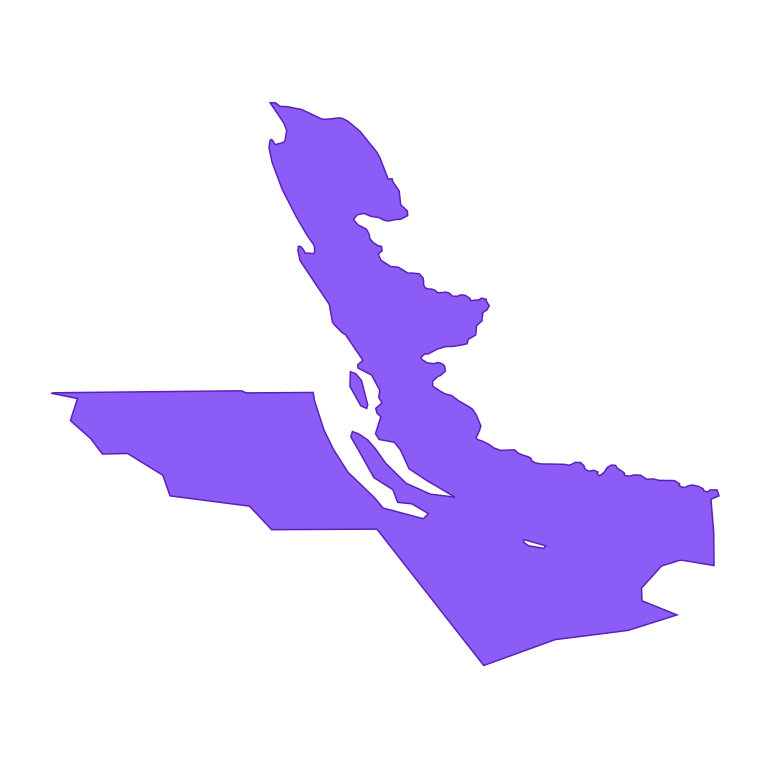 the district of Haines, Alaska, United States of America, rotated 179°
{"feature_id": "52423323B20306178640915", "entity_name": "Haines", "entity_type": "district", "adm_level": 2, "iso_a3": "USA", "parent_name": "United States of America", "parent_adm1": "Alaska", "projection": "equal_earth", "projection_center": [-135.589, 58.96], "detail": "fine", "context": "isolated", "style": "filled", "palette": "violet", "viewbox_px": 768, "rotation_deg": 179, "n_neighbors": 0, "source": "geoboundaries", "source_scale": "gbopen_adm2", "svg_char_len": 3488}
<svg xmlns="http://www.w3.org/2000/svg" viewBox="0 0 768 768"><g transform="rotate(179 384 384)"><path d="M289.2,100.8L217.5,125.4L144.2,133.4L95.1,148.0L129.8,162.7L130.1,175.4L109.7,197.2L92.3,202.3L89.1,202.6L57.2,196.7L56.9,229.4L59.1,263.1L51.0,266.3L52.9,272.3L59.9,272.4L61.9,270.5L65.9,271.4L66.9,273.8L71.7,276.3L77.8,277.7L83.0,276.4L84.1,275.1L86.3,275.7L88.3,275.8L90.7,277.4L90.1,278.9L95.3,282.4L102.8,282.6L110.3,282.8L116.6,284.4L122.8,284.2L129.2,288.4L136.1,288.7L139.8,287.6L145.0,288.3L145.4,291.0L152.4,296.0L153.8,298.6L158.0,299.0L162.2,296.7L165.4,291.9L167.8,290.0L170.4,288.6L171.4,289.4L172.5,291.0L171.6,292.2L175.8,294.1L180.0,293.3L183.3,294.4L184.8,296.2L185.4,298.6L188.8,302.1L194.2,302.3L197.5,300.5L201.1,299.5L203.7,300.4L209.5,300.7L220.6,301.1L227.9,301.3L234.4,302.5L238.1,305.1L238.4,307.2L241.4,308.9L246.0,310.3L251.0,312.4L254.6,315.9L262.9,315.7L268.9,315.7L275.2,318.1L280.4,322.0L287.2,325.4L291.6,326.8L292.9,329.3L291.3,331.4L289.1,336.6L287.9,340.4L292.2,351.3L295.8,357.1L299.5,359.8L305.1,363.2L310.3,366.3L316.5,371.2L323.4,373.2L328.4,376.2L335.3,380.9L335.3,386.1L329.8,390.7L327.3,391.6L322.4,395.7L323.1,400.8L324.8,402.8L329.2,404.6L334.1,403.5L340.6,404.4L345.7,407.9L346.5,410.0L342.6,413.5L339.7,413.1L330.1,418.0L321.9,420.3L314.3,420.4L306.4,421.5L300.3,422.8L298.9,427.2L291.5,431.4L290.8,436.2L290.5,440.7L284.9,445.4L284.8,448.3L283.9,452.0L284.8,453.1L282.7,454.5L279.8,456.2L277.4,460.4L280.3,465.1L280.2,466.8L285.0,468.2L287.5,466.5L295.7,465.8L296.5,468.0L301.3,471.3L305.8,471.8L309.1,470.4L314.1,470.7L317.0,473.6L320.8,474.9L323.0,474.5L328.7,474.3L331.3,476.8L335.0,478.2L337.1,478.0L341.2,479.5L342.7,482.5L342.6,486.6L343.2,489.6L346.8,493.6L353.5,494.4L358.2,494.5L362.2,497.1L367.8,500.6L375.4,501.4L380.7,505.0L385.0,507.9L387.5,514.1L383.6,517.1L384.1,521.7L387.6,522.4L392.5,525.8L395.5,529.5L396.4,534.5L398.9,539.1L407.5,543.7L411.6,549.2L407.7,553.7L400.9,554.9L394.2,551.9L386.0,550.4L380.8,547.6L376.5,546.9L369.7,548.2L364.4,548.4L357.4,552.0L357.6,556.6L364.2,562.9L365.4,576.6L371.6,586.0L372.3,589.0L376.3,589.0L384.1,610.2L387.1,615.9L403.6,637.1L415.5,647.4L421.3,650.4L424.6,650.9L434.0,649.9L439.8,649.7L442.1,650.2L461.1,659.7L475.4,662.9L483.1,663.4L487.6,667.0L492.9,667.2L479.6,646.6L476.9,639.2L478.8,628.9L480.5,627.2L488.5,625.2L491.4,629.8L492.6,630.4L493.6,629.7L494.9,622.7L492.1,607.8L482.4,580.4L469.0,553.1L458.6,534.5L451.3,523.6L450.9,517.6L452.2,515.6L460.6,516.4L462.2,519.7L464.8,522.8L465.8,523.2L467.2,523.0L467.8,519.1L465.7,508.7L437.4,464.6L434.5,447.1L432.7,444.2L424.9,436.0L421.7,434.1L404.7,408.0L410.0,403.7L409.7,400.4L396.2,393.1L388.3,377.7L389.5,370.7L386.4,365.2L392.7,359.8L391.5,354.9L387.7,351.4L393.4,334.5L389.8,328.6L374.7,325.6L368.7,317.8L360.4,298.8L343.0,286.8L315.0,269.7L339.3,273.0L363.6,284.3L383.8,304.9L394.0,319.8L401.2,328.3L410.2,334.6L416.4,337.0L418.1,331.8L407.0,311.6L395.8,290.6L377.0,278.2L372.4,265.4L358.2,263.7L341.9,253.6L347.0,248.6L387.1,260.0L395.7,270.7L421.6,296.5L435.6,319.4L444.8,339.0L453.6,368.0L455.0,376.8L521.9,377.5L526.6,379.7L713.0,381.0L717.0,380.6L690.7,374.8L698.2,352.9L678.1,334.4L666.8,318.9L641.6,319.0L606.7,296.6L599.9,275.9L520.6,264.2L498.9,240.3L393.6,239.0L289.2,100.8ZM224.9,219.3L227.2,216.9L242.2,219.8L247.2,223.4L246.8,226.0L224.9,219.3ZM401.7,359.8L400.6,363.3L406.4,387.8L412.0,394.8L417.4,396.9L418.1,382.2L407.6,362.6L401.7,359.8Z" fill="#8b5cf6" stroke="#5b21b6" stroke-width="1.5"/></g></svg>